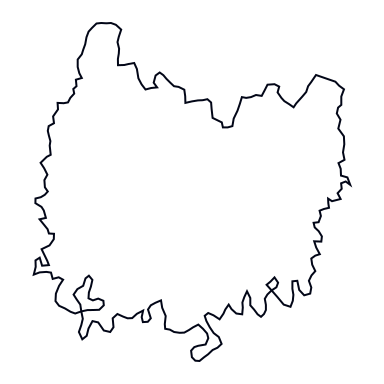 Ajuricaba, Rio Grande do Sul, Brazil (Robinson projection)
{"feature_id": "56859067B1227698309076", "entity_name": "Ajuricaba", "entity_type": "district", "adm_level": 2, "iso_a3": "BRA", "parent_name": "Brazil", "parent_adm1": "Rio Grande do Sul", "projection": "robinson", "projection_center": [-53.739, -28.208], "detail": "fine", "context": "isolated", "style": "outline", "palette": "ink", "viewbox_px": 384, "rotation_deg": 0, "n_neighbors": 0, "source": "geoboundaries", "source_scale": "gbopen_adm2", "svg_char_len": 3601}
<svg xmlns="http://www.w3.org/2000/svg" viewBox="0 0 384 384"><path d="M344.0,89.3L339.1,85.7L335.4,81.7L316.0,75.0L311.1,82.2L308.1,86.2L306.2,92.0L302.2,96.7L296.2,103.4L293.6,107.3L289.2,104.2L284.3,101.1L281.4,97.9L277.6,92.4L279.2,86.6L274.5,84.2L267.5,84.7L264.6,90.4L261.7,95.9L256.0,95.0L251.0,97.1L246.2,97.9L241.9,97.1L239.9,103.7L237.5,110.7L233.7,118.6L232.4,126.1L227.7,127.4L222.9,127.4L221.8,122.4L217.3,120.2L212.6,117.9L211.6,108.9L211.1,102.5L207.4,99.2L202.8,100.2L198.0,100.4L191.9,101.4L185.4,102.9L185.2,96.2L184.3,89.7L178.6,86.9L174.0,86.2L170.5,82.9L166.4,78.8L163.4,75.2L159.7,72.5L155.6,75.5L153.7,82.7L157.1,87.4L151.2,88.0L145.5,89.5L141.6,84.4L138.4,78.3L136.9,69.0L134.2,63.0L128.6,64.0L124.3,65.0L118.0,65.2L117.9,59.0L118.8,53.6L119.1,48.7L117.5,42.1L118.8,36.8L121.2,29.6L115.9,24.8L111.0,23.0L106.5,23.3L101.2,23.0L96.5,23.5L92.1,27.8L88.6,31.6L86.5,37.2L85.2,44.3L83.3,49.5L81.8,54.3L77.7,59.5L77.7,67.0L79.3,73.2L81.8,78.0L75.9,79.7L76.5,86.2L73.3,89.0L74.2,93.6L70.3,97.9L68.0,102.4L63.7,103.2L57.6,102.9L58.0,109.4L53.1,116.4L54.0,123.2L48.7,126.1L47.8,130.9L48.9,135.6L50.4,141.1L49.7,145.6L50.7,154.8L46.8,156.8L40.6,162.8L44.2,168.3L47.4,174.7L44.4,180.1L44.9,187.3L47.8,191.5L44.8,194.8L40.8,197.2L35.5,198.5L35.4,203.2L41.5,206.9L43.8,210.5L45.9,217.9L39.6,219.3L47.6,229.2L48.9,233.5L54.0,233.8L53.8,239.2L49.5,245.4L41.6,249.2L47.2,260.7L48.9,265.1L42.1,265.7L39.7,257.7L35.5,260.4L35.7,266.9L33.8,274.6L39.6,272.4L46.4,271.9L51.0,272.6L52.7,278.9L58.7,277.3L63.1,279.7L59.1,285.8L55.9,293.6L55.5,301.1L59.1,305.8L64.9,308.4L70.6,311.8L75.2,313.5L81.3,311.4L82.8,318.8L81.3,325.1L78.9,332.0L82.3,339.3L86.7,335.8L88.5,328.5L92.5,321.1L98.2,322.4L101.4,327.0L103.8,330.5L110.2,332.0L113.5,327.2L112.7,318.3L117.4,314.0L123.1,316.6L127.6,318.3L132.2,318.1L136.9,313.8L143.1,310.6L141.7,317.1L142.9,322.1L147.8,321.8L150.8,318.3L148.0,309.5L150.8,305.3L155.4,302.8L161.0,300.4L162.2,307.8L165.7,316.0L164.8,324.1L165.2,328.8L169.8,329.6L174.1,332.0L179.7,332.8L184.3,332.6L189.0,330.0L193.1,327.3L198.3,324.6L203.0,328.8L207.1,333.5L208.3,338.2L205.6,344.5L198.2,345.8L194.3,347.1L191.1,350.7L191.9,357.2L195.3,360.7L199.5,361.0L204.0,357.3L208.1,354.3L212.6,350.0L217.5,347.7L221.6,343.9L218.8,337.0L213.7,333.1L209.8,327.3L206.4,321.0L204.7,315.8L208.2,313.0L213.5,315.3L219.6,319.3L223.5,313.6L225.3,309.5L228.7,304.6L231.5,309.1L236.3,313.5L242.2,314.3L242.8,307.6L242.4,302.5L244.3,297.1L247.0,291.3L250.3,298.0L250.3,305.3L254.1,309.6L257.6,314.3L261.0,316.8L264.0,314.0L265.9,310.0L265.9,304.9L264.8,298.8L267.4,294.5L271.6,290.4L277.3,296.9L283.7,304.6L290.5,306.8L292.8,300.8L293.4,294.8L292.4,288.8L292.4,281.3L297.3,280.8L299.2,289.9L304.2,295.3L310.2,293.6L311.3,287.5L308.9,280.8L311.5,275.4L315.3,271.1L312.2,264.7L311.3,258.5L315.3,255.6L319.8,254.2L316.2,247.5L314.2,241.3L321.3,241.6L321.9,236.4L318.7,231.2L314.7,227.4L313.6,222.8L318.6,222.2L320.9,216.0L319.6,210.7L323.9,209.0L329.0,207.8L328.3,203.2L328.1,198.6L332.0,201.2L340.6,199.0L337.6,193.2L341.7,188.8L341.1,183.3L345.7,181.5L350.2,184.8L347.4,177.4L341.0,175.6L340.7,168.8L338.5,163.1L344.5,159.8L343.0,152.4L344.3,144.3L343.9,136.3L338.3,128.6L340.5,119.7L336.8,113.5L338.1,107.6L341.3,104.9L341.3,96.5L344.0,89.3ZM81.3,311.4L80.3,304.6L76.8,299.6L73.6,294.6L77.4,289.1L83.2,285.8L85.5,278.4L88.9,275.7L92.4,279.9L90.9,286.6L88.9,292.4L88.5,298.3L92.9,300.4L98.2,298.6L103.4,300.8L103.8,305.3L99.2,309.8L93.4,310.0L87.4,310.1L81.3,311.4ZM271.6,290.4L266.6,284.8L270.5,281.6L274.5,277.4L278.1,282.7L276.4,287.3L271.6,290.4Z" fill="none" stroke="#020617" stroke-width="2"/></svg>